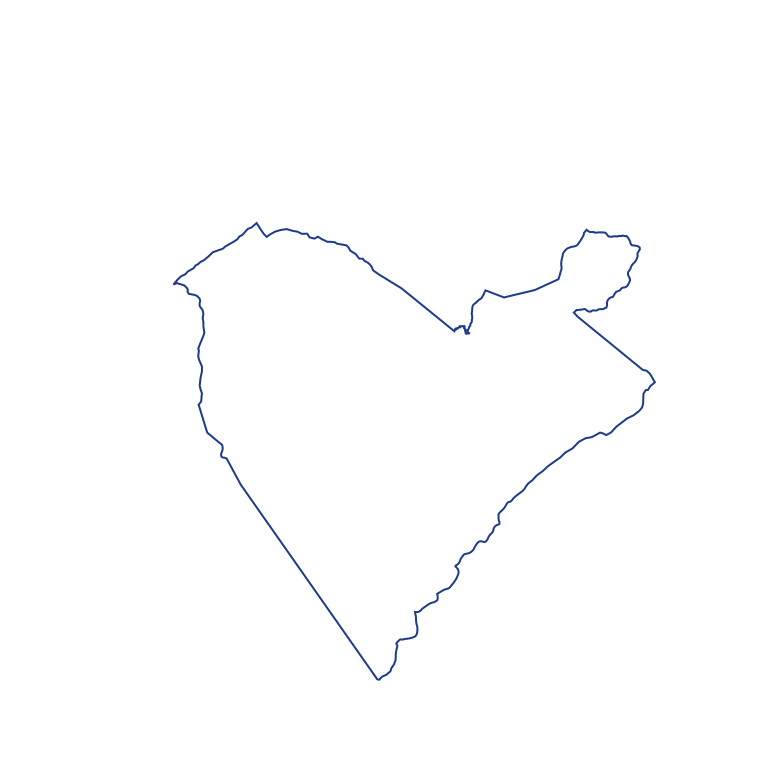 Cafayate, Salta, Argentina, rotated 32°
{"feature_id": "61730980B8590137946072", "entity_name": "Cafayate", "entity_type": "district", "adm_level": 2, "iso_a3": "ARG", "parent_name": "Argentina", "parent_adm1": "Salta", "projection": "equal_earth", "projection_center": [-65.829, -26.11], "detail": "fine", "context": "isolated", "style": "outline", "palette": "blue", "viewbox_px": 768, "rotation_deg": 32, "n_neighbors": 0, "source": "geoboundaries", "source_scale": "gbopen_adm2", "svg_char_len": 6117}
<svg xmlns="http://www.w3.org/2000/svg" viewBox="0 0 768 768"><g transform="rotate(32 384 384)"><path d="M237.8,499.8L257.7,517.1L260.0,518.9L273.6,520.8L276.9,521.1L279.1,521.5L281.1,523.7L282.1,525.7L283.0,529.9L284.4,531.6L286.3,531.8L287.7,531.1L289.9,530.5L315.7,545.2L534.8,638.0L536.1,637.6L536.8,637.1L537.0,635.2L537.7,632.8L540.3,629.0L540.5,627.9L541.6,624.6L541.6,623.6L541.0,621.8L540.9,620.6L540.9,619.7L541.0,618.7L541.0,616.0L540.4,614.0L540.4,612.7L538.4,608.9L537.6,607.8L537.0,606.5L536.4,605.2L535.8,604.0L534.5,599.9L533.9,598.8L533.2,598.3L532.1,597.8L532.0,596.9L532.0,596.1L532.8,592.7L533.1,592.1L533.7,591.6L534.6,591.3L535.6,590.6L536.4,589.4L538.0,588.3L540.4,586.2L542.5,584.0L544.1,581.8L544.4,580.2L544.3,578.6L543.8,577.2L543.3,576.0L541.5,573.0L540.6,572.0L539.8,571.2L539.1,570.7L537.4,568.7L535.7,566.5L535.1,565.4L534.1,564.1L531.7,561.7L531.1,560.8L532.5,560.2L533.4,559.5L534.5,558.2L535.0,556.9L535.4,555.7L535.6,554.1L538.2,547.9L539.7,545.1L542.6,541.8L543.7,539.3L543.5,538.1L542.7,536.6L541.4,534.9L540.3,533.9L542.0,530.4L543.8,527.0L544.9,525.5L546.8,523.5L547.5,522.0L547.8,520.2L548.4,515.1L548.5,510.9L548.2,508.4L547.7,506.1L547.4,504.8L546.7,503.7L545.8,502.7L544.9,501.9L543.8,501.5L541.2,500.8L541.1,500.0L541.3,499.4L541.7,498.8L542.1,497.8L542.3,496.8L542.4,495.9L542.3,494.0L541.9,492.7L541.7,491.4L542.0,486.7L542.5,485.6L545.6,482.5L546.1,481.8L546.9,480.1L547.6,477.5L547.6,476.2L547.4,475.0L547.3,472.8L547.4,470.0L547.7,468.2L548.3,467.0L549.3,466.2L550.2,465.6L550.9,465.5L552.2,465.2L553.2,464.5L553.8,463.6L554.1,461.6L554.1,460.6L553.8,459.0L553.7,457.6L553.8,455.9L554.0,454.6L554.5,453.0L554.6,451.7L554.3,450.3L553.5,448.2L553.5,446.9L553.6,445.6L554.0,444.7L554.6,443.6L555.2,443.0L556.0,441.4L555.5,440.5L554.8,439.6L553.6,438.8L552.5,437.5L551.3,435.5L550.3,434.3L550.1,432.8L550.4,431.0L551.2,428.2L551.7,425.3L551.7,423.2L551.6,421.1L551.6,419.6L552.1,418.2L553.1,417.3L553.7,416.5L554.0,415.3L554.3,412.8L554.7,410.7L555.7,407.8L558.2,401.3L558.7,398.4L558.6,395.5L558.8,394.5L559.0,391.9L560.8,387.0L562.0,380.7L564.8,373.6L566.8,366.3L572.4,352.9L574.1,346.0L578.0,338.7L579.9,329.7L583.6,323.3L588.5,318.8L593.0,310.7L595.3,310.0L599.6,309.5L602.2,304.9L603.7,297.0L608.3,284.6L612.3,278.1L614.7,271.5L615.3,267.2L614.4,263.8L609.2,254.8L609.2,250.6L611.0,249.1L611.0,244.4L611.8,242.3L612.8,239.0L605.4,235.0L603.4,234.2L599.7,233.6L595.8,234.9L512.5,224.3L507.2,222.9L508.0,219.4L513.0,215.5L514.1,214.2L515.5,213.9L517.3,214.2L518.8,214.2L520.9,213.2L521.6,211.5L522.8,210.4L524.6,209.6L525.8,208.4L526.3,207.1L527.7,205.9L530.1,204.5L531.0,202.8L532.1,201.4L531.5,199.0L530.0,197.0L529.3,194.4L529.7,192.0L530.7,190.0L531.8,189.2L532.0,187.5L531.8,185.0L532.1,182.7L533.4,181.1L534.5,179.3L534.8,176.7L535.7,175.5L536.8,174.7L537.8,173.4L538.3,172.0L538.3,170.2L538.1,167.8L537.7,165.6L536.1,163.9L534.6,163.1L532.9,161.9L531.8,159.9L531.9,155.6L531.4,153.8L531.3,151.9L531.5,150.0L532.0,148.0L532.2,144.9L531.4,141.3L529.7,138.8L529.6,134.2L528.4,132.7L526.3,132.6L523.2,133.7L521.6,134.6L520.4,134.9L518.9,134.4L517.3,132.8L515.2,131.5L513.3,130.6L511.4,130.0L510.3,130.8L507.8,131.6L507.0,132.7L504.8,133.9L504.2,134.9L502.2,136.0L500.5,137.1L499.3,138.3L498.0,139.1L496.2,139.9L494.2,139.2L492.5,138.5L491.2,138.5L489.1,139.6L487.0,140.8L485.1,142.1L483.1,143.7L481.4,144.0L480.1,144.7L478.4,145.9L476.5,146.2L474.0,145.9L473.8,148.0L473.5,149.8L474.3,151.6L474.6,154.0L474.6,159.5L474.4,163.2L474.1,164.3L472.5,166.5L470.3,168.4L468.9,170.1L467.5,172.2L466.8,174.9L466.6,178.6L467.6,180.7L468.4,183.4L469.3,185.6L470.7,188.5L472.1,190.1L473.6,192.3L474.4,195.5L475.3,198.3L476.4,202.7L462.2,224.3L439.9,247.0L420.5,250.8L420.6,251.3L420.7,253.5L421.1,255.6L421.1,257.6L421.2,258.8L421.1,259.9L420.7,260.7L420.0,261.8L419.7,263.3L419.1,265.3L418.9,266.5L418.4,267.5L418.2,268.0L417.8,269.7L417.8,270.3L417.9,270.9L418.4,272.4L418.6,272.9L419.0,273.4L419.9,275.3L420.4,276.1L421.0,277.8L422.7,279.5L423.4,280.7L424.3,282.0L424.4,282.9L424.7,283.4L425.5,284.7L425.6,285.0L425.6,285.6L425.5,286.0L425.4,286.8L425.5,287.4L426.2,288.7L426.2,289.6L426.0,290.0L426.0,290.4L426.4,291.6L426.5,292.4L426.4,293.4L427.1,294.9L427.8,295.5L428.1,295.8L428.5,295.8L428.9,295.9L429.2,295.8L429.2,296.2L428.9,296.4L428.5,296.6L427.7,296.9L427.5,297.1L427.5,297.5L427.2,297.8L426.6,297.8L426.2,297.5L425.8,297.0L425.6,296.4L425.4,296.2L424.7,296.1L424.5,295.8L424.6,295.6L425.2,295.4L425.4,294.9L425.2,294.8L424.2,295.0L423.2,294.1L422.6,294.3L422.3,294.3L422.0,294.1L421.8,293.8L421.7,293.5L421.9,293.0L422.0,292.6L421.7,292.3L420.9,292.8L420.1,293.1L419.3,293.9L418.9,294.1L418.7,294.3L418.6,295.4L418.3,295.4L417.9,294.7L417.7,294.7L417.5,295.0L417.5,295.3L417.7,295.7L417.6,296.3L417.2,297.6L416.6,297.6L416.4,298.2L416.5,298.8L416.4,299.1L415.9,298.7L415.6,298.7L415.5,298.9L415.3,299.4L415.2,299.7L415.7,301.4L415.8,302.0L362.0,295.3L348.1,293.6L322.1,293.8L314.5,293.4L311.5,291.2L308.6,290.1L306.4,289.7L301.9,289.9L299.7,289.0L296.6,290.8L291.1,288.8L284.7,288.8L281.1,286.8L278.5,286.4L269.8,289.9L267.0,289.9L263.4,291.7L260.6,293.4L254.1,294.1L249.9,294.1L247.9,297.6L243.1,299.1L239.3,297.2L234.7,300.2L229.8,300.7L225.8,302.4L219.4,304.2L215.0,307.9L210.8,312.6L208.1,317.6L206.6,321.4L202.8,320.5L198.0,318.5L190.7,315.0L188.7,321.4L186.3,324.7L184.9,332.6L183.2,335.5L182.9,339.2L181.1,343.0L176.5,351.6L175.6,354.7L169.0,363.0L167.7,368.3L165.7,374.5L163.7,377.8L162.8,380.9L161.3,383.5L161.2,386.6L158.0,392.6L157.3,396.3L154.8,400.3L153.7,404.7L152.7,411.2L154.6,408.6L155.3,407.9L156.5,407.9L158.6,407.2L162.3,406.2L166.1,407.1L167.6,407.9L168.5,409.9L170.9,411.0L175.6,409.0L178.3,408.4L179.7,408.6L182.2,409.2L184.2,411.0L184.7,413.0L186.2,415.4L188.3,416.5L190.2,417.0L191.8,418.2L193.8,420.5L194.7,422.7L195.5,424.5L197.2,426.2L198.3,427.6L199.2,429.1L200.7,431.4L202.5,433.4L204.6,435.9L205.2,438.4L207.2,450.0L207.7,452.3L209.4,453.9L211.7,458.9L214.5,461.6L219.6,465.1L220.7,466.1L222.9,469.8L225.3,476.3L228.6,483.1L231.4,485.9L234.4,488.2L238.2,495.7L237.8,499.8Z" fill="none" stroke="#1e3a8a" stroke-width="2"/></g></svg>